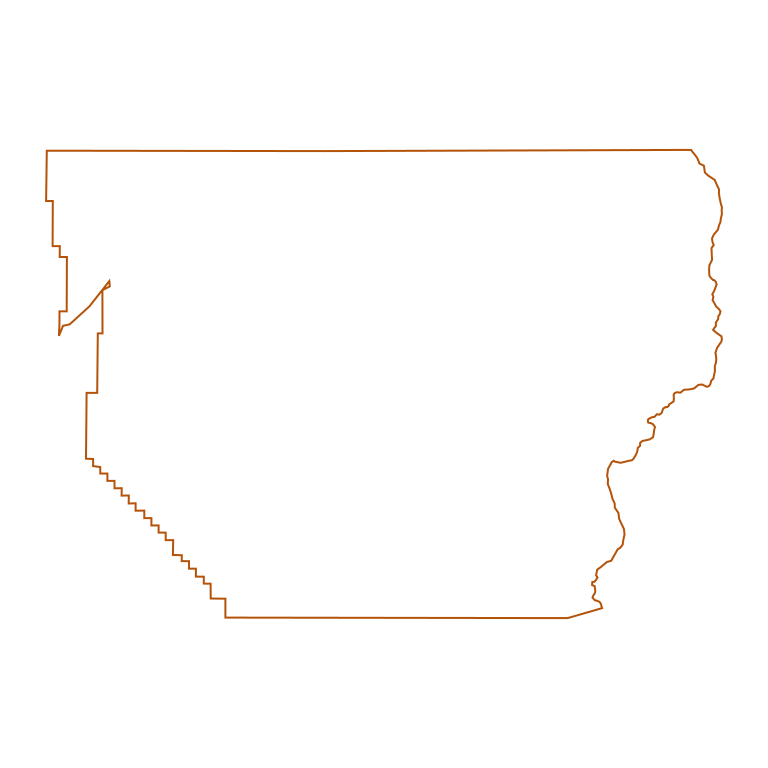 Churchill, Nevada, United States of America
{"feature_id": "52423323B65093392652388", "entity_name": "Churchill", "entity_type": "district", "adm_level": 2, "iso_a3": "USA", "parent_name": "United States of America", "parent_adm1": "Nevada", "projection": "equal_earth", "projection_center": [-117.959, 39.537], "detail": "fine", "context": "isolated", "style": "outline", "palette": "amber", "viewbox_px": 768, "rotation_deg": 0, "n_neighbors": 0, "source": "geoboundaries", "source_scale": "gbopen_adm2", "svg_char_len": 2927}
<svg xmlns="http://www.w3.org/2000/svg" viewBox="0 0 768 768"><path d="M225.4,617.6L567.6,618.1L602.1,608.1L601.7,607.0L601.0,604.2L600.6,603.3L599.5,601.9L598.1,601.2L596.6,600.6L595.1,600.4L594.0,599.4L592.5,597.5L593.3,595.4L594.6,593.8L595.3,590.9L594.7,586.2L592.1,585.1L592.3,582.0L594.4,581.8L596.0,579.9L597.5,577.5L596.1,575.2L597.2,569.7L600.9,567.0L606.8,562.0L611.2,560.8L614.7,554.6L617.7,549.3L620.2,547.8L622.7,544.6L623.2,540.6L624.5,534.5L624.0,529.2L621.1,523.0L619.2,519.0L618.4,512.9L614.8,507.7L614.7,503.5L612.6,499.1L611.0,492.9L609.5,488.4L607.8,484.1L608.0,479.1L607.1,475.8L608.1,468.7L610.7,464.1L611.7,462.1L613.7,460.8L614.8,461.6L620.5,462.8L625.3,461.7L628.4,460.9L631.9,460.3L633.8,458.4L635.4,455.6L636.7,453.0L637.5,450.5L637.7,448.0L640.0,445.9L640.2,442.7L642.5,440.9L646.3,440.2L649.6,439.4L653.0,437.3L653.8,433.4L654.1,430.3L655.0,427.0L653.1,424.3L650.8,423.1L648.4,422.7L647.9,421.7L647.9,419.9L648.8,418.8L651.8,417.3L654.7,416.7L656.9,414.2L659.3,414.7L661.7,412.9L663.2,408.5L665.8,407.0L667.3,407.1L668.8,405.7L669.1,404.4L671.4,402.9L673.6,401.4L673.9,398.6L673.7,396.2L673.7,394.4L674.8,393.0L677.0,392.2L680.4,392.7L683.9,389.8L689.4,389.4L694.2,388.4L696.5,386.4L698.4,384.9L702.1,384.5L706.9,386.8L709.0,386.0L710.3,384.2L711.3,380.6L713.4,378.5L714.0,375.3L714.9,371.4L714.9,369.5L714.8,366.1L715.9,362.9L716.3,359.0L715.9,355.1L715.4,353.2L716.2,350.4L717.0,348.0L719.1,344.9L721.4,341.5L721.9,339.4L721.5,336.4L719.7,335.1L716.7,333.0L715.2,331.7L713.1,329.9L714.2,328.1L716.0,325.9L715.8,322.6L718.1,319.2L718.4,316.1L719.7,314.3L720.5,311.5L719.3,309.5L716.1,306.4L714.3,303.0L712.6,300.2L713.4,296.7L712.3,294.3L714.2,290.8L715.5,287.5L716.6,284.5L715.9,282.1L714.5,280.3L712.9,279.9L710.5,277.4L709.4,275.7L709.2,272.4L709.1,269.2L709.4,265.3L710.9,262.3L712.1,259.6L711.8,255.7L711.5,248.1L713.7,245.1L712.5,242.1L712.0,238.4L713.9,234.5L718.0,229.6L718.9,225.5L720.4,222.2L720.9,218.3L721.9,214.2L721.7,210.6L721.9,206.9L721.0,204.4L720.1,200.3L719.4,196.6L718.9,192.6L719.1,189.6L718.0,187.3L716.3,183.7L714.7,179.9L711.2,177.6L707.9,175.4L704.9,172.5L703.9,165.7L699.5,163.6L697.3,158.1L695.0,154.9L692.0,151.3L691.2,149.9L324.0,151.1L46.8,150.7L46.1,201.0L52.8,201.0L52.6,246.1L59.8,246.1L59.7,257.0L66.9,257.0L66.7,311.3L59.5,311.3L59.4,326.3L58.9,335.9L63.0,325.8L69.6,324.4L89.4,306.4L109.3,281.1L109.8,286.4L102.4,290.2L102.5,333.4L97.8,333.4L97.2,392.9L86.6,392.9L86.0,458.7L93.1,459.0L93.1,466.1L100.2,467.0L100.3,473.5L107.4,473.5L107.4,480.9L114.5,480.9L114.5,488.3L121.7,488.2L121.6,495.6L128.8,495.5L128.7,503.5L135.6,503.3L135.6,510.7L144.3,510.6L144.3,518.1L151.4,518.1L151.4,525.5L158.6,525.4L158.6,532.6L165.7,532.6L165.7,540.1L173.2,540.1L172.9,555.0L181.8,555.2L181.7,561.1L189.0,561.2L189.0,568.7L195.9,568.7L195.9,576.6L203.8,576.7L203.8,583.6L210.6,583.7L210.7,598.5L225.4,598.7L225.4,617.6Z" fill="none" stroke="#b45309" stroke-width="2"/></svg>